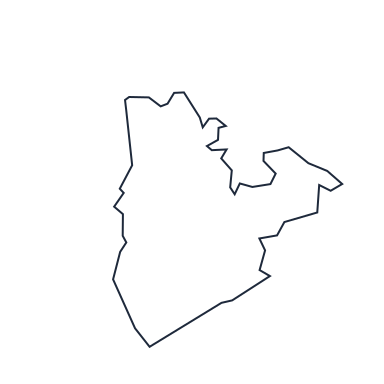 outline of Larue, Kentucky, United States of America, rotated 324°
{"feature_id": "52423323B54647754041749", "entity_name": "Larue", "entity_type": "district", "adm_level": 2, "iso_a3": "USA", "parent_name": "United States of America", "parent_adm1": "Kentucky", "projection": "natural_earth1", "projection_center": [-85.644, 37.577], "detail": "fine", "context": "isolated", "style": "outline", "palette": "slate", "viewbox_px": 384, "rotation_deg": 324, "n_neighbors": 0, "source": "geoboundaries", "source_scale": "gbopen_adm2", "svg_char_len": 829}
<svg xmlns="http://www.w3.org/2000/svg" viewBox="0 0 384 384"><g transform="rotate(324 192 192)"><path d="M66.7,292.3L150.7,299.0L160.8,303.3L205.6,305.8L200.8,294.9L216.8,282.2L219.2,269.2L235.3,277.1L249.1,270.6L281.3,282.2L299.0,261.1L304.9,272.5L318.2,273.8L313.8,254.5L303.1,237.1L296.5,212.6L285.7,208.7L273.0,202.6L268.1,208.9L270.5,226.3L260.1,231.7L243.8,223.4L235.7,213.2L225.2,218.9L225.6,210.7L236.9,197.9L235.4,182.0L245.0,177.9L232.6,169.8L231.1,163.6L243.7,165.1L251.2,155.7L258.1,158.4L255.0,146.9L248.9,142.7L238.7,146.0L242.1,136.3L244.0,106.7L235.8,101.3L224.1,106.2L217.0,104.3L212.7,90.1L197.0,78.2L191.9,78.2L186.5,87.8L159.3,135.2L135.5,146.9L136.2,152.6L120.4,158.1L123.1,169.3L110.2,186.7L109.2,194.2L98.7,198.2L76.8,216.3L65.8,268.8L66.7,292.3Z" fill="none" stroke="#1e293b" stroke-width="2"/></g></svg>